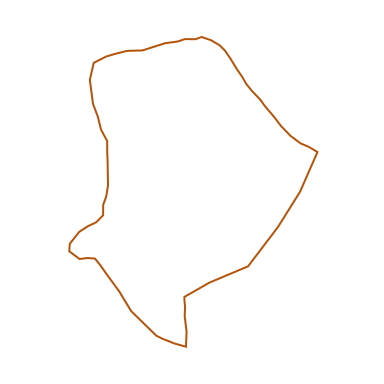 outline of Ogori/Magongo, Kogi, Nigeria, rotated 82°
{"feature_id": "59680162B76072611977433", "entity_name": "Ogori/Magongo", "entity_type": "district", "adm_level": 2, "iso_a3": "NGA", "parent_name": "Nigeria", "parent_adm1": "Kogi", "projection": "orthographic", "projection_center": [6.159, 7.479], "detail": "fine", "context": "isolated", "style": "outline", "palette": "amber", "viewbox_px": 384, "rotation_deg": 82, "n_neighbors": 0, "source": "geoboundaries", "source_scale": "gbopen_adm2", "svg_char_len": 1001}
<svg xmlns="http://www.w3.org/2000/svg" viewBox="0 0 384 384"><g transform="rotate(82 192 192)"><path d="M169.9,62.2L163.5,70.2L158.9,77.8L149.8,86.9L139.3,94.5L128.7,100.5L116.7,108.1L110.7,111.1L100.1,118.7L92.6,123.2L85.1,126.2L76.1,130.7L65.6,135.2L56.5,139.7L50.5,144.3L44.4,151.9L39.8,161.0L41.2,167.2L39.6,177.9L41.0,185.5L40.9,197.8L44.9,221.4L43.2,236.7L44.5,248.9L45.9,258.1L50.4,271.3L66.8,277.6L71.8,277.6L84.6,277.7L90.7,277.8L104.2,274.8L117.7,273.4L129.7,268.9L141.6,270.5L149.9,271.3L160.2,272.6L173.6,274.2L184.0,277.4L186.9,278.8L188.9,279.9L192.3,281.7L202.7,283.3L208.6,291.0L211.5,300.2L215.9,309.4L226.2,320.2L233.6,321.8L242.7,312.7L242.8,305.0L244.4,297.4L247.4,295.6L251.9,292.9L260.9,288.3L280.5,277.8L290.4,273.6L301.5,268.8L329.4,247.3L333.3,241.5L339.4,230.8L344.4,219.5L329.5,216.8L313.6,216.5L305.3,214.9L297.3,214.5L294.8,214.1L284.1,187.2L273.4,146.8L268.6,142.0L259.2,132.5L238.7,111.8L206.7,84.9L169.9,62.2Z" fill="none" stroke="#b45309" stroke-width="2"/></g></svg>